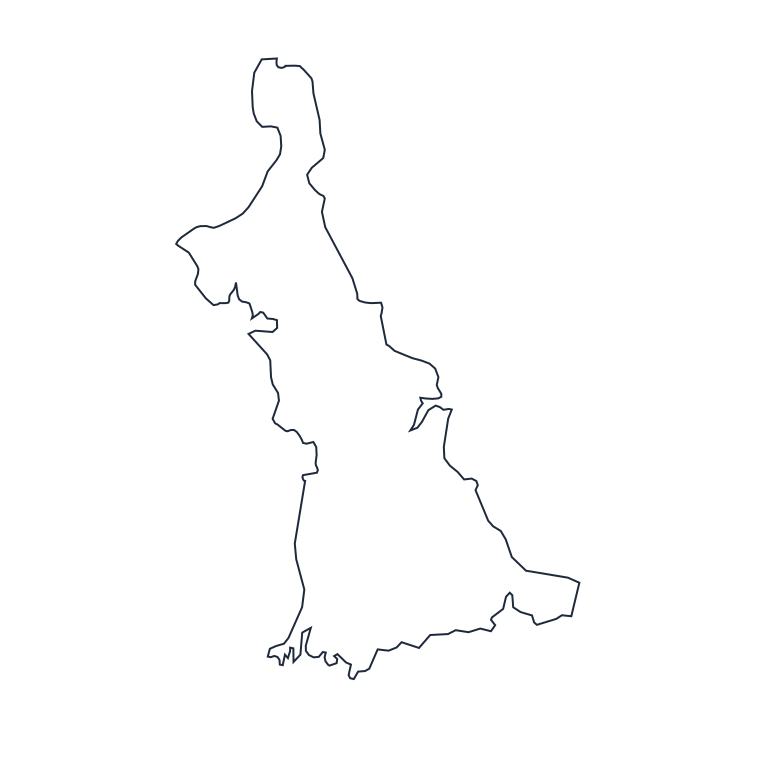 Cornwall, Robinson projection, rotated 102°
{"feature_id": "GBR-2110", "entity_name": "Cornwall", "entity_type": "Unitary Single-Tier County", "adm_level": 1, "iso_a3": "GBR", "parent_name": "United Kingdom", "parent_adm1": "", "projection": "robinson", "projection_center": [-4.862, 50.441], "detail": "fine", "context": "isolated", "style": "outline", "palette": "slate", "viewbox_px": 768, "rotation_deg": 102, "n_neighbors": 0, "source": "natural_earth", "source_scale": "10m", "svg_char_len": 3249}
<svg xmlns="http://www.w3.org/2000/svg" viewBox="0 0 768 768"><g transform="rotate(102 384 384)"><path d="M670.8,378.8L670.4,380.1L667.4,383.6L663.5,385.3L658.8,385.1L658.9,388.1L664.5,391.1L666.0,396.0L664.7,401.1L661.3,404.9L656.3,406.1L637.7,404.9L644.2,412.3L666.1,409.5L674.7,414.7L661.4,417.7L661.4,421.0L664.6,420.3L672.1,421.0L669.3,424.6L680.1,424.6L680.1,427.6L675.7,428.8L673.2,431.4L672.8,434.7L674.8,438.1L674.8,441.0L666.7,440.6L662.5,434.7L658.9,427.9L652.2,424.6L619.3,417.7L601.6,419.2L573.7,433.4L558.6,438.1L495.3,441.0L495.4,441.8L494.2,443.2L492.2,444.4L490.0,444.3L484.7,431.2L482.0,430.8L479.7,432.1L477.7,433.7L475.4,434.5L467.6,435.1L459.7,437.2L455.4,441.1L458.5,447.3L458.5,450.9L455.8,452.7L452.2,455.8L449.1,459.3L447.7,462.4L448.3,465.4L450.3,468.6L450.3,470.6L445.8,479.7L445.1,482.3L441.2,485.7L422.1,483.3L414.8,485.8L407.6,492.7L400.9,495.9L384.5,500.2L379.3,504.5L363.2,526.9L358.6,520.9L356.3,503.8L351.4,500.2L343.8,502.0L343.5,506.2L344.2,511.7L339.3,517.0L339.3,520.0L341.6,521.4L347.4,526.9L344.2,526.6L341.6,527.5L336.8,530.2L333.2,532.4L332.7,535.9L332.9,539.9L331.3,543.3L327.9,545.5L315.5,549.9L319.9,549.8L323.2,550.5L328.7,553.2L330.6,553.4L335.1,552.7L336.8,553.2L337.7,555.3L339.1,561.7L340.6,563.0L342.3,567.1L337.3,576.0L326.2,589.4L322.7,590.0L314.9,588.9L310.2,589.4L307.5,591.2L296.1,602.2L291.6,613.8L290.2,616.4L286.8,615.3L282.8,612.7L271.3,602.0L269.4,599.7L267.7,596.3L266.4,590.2L266.7,586.3L266.6,582.9L263.8,578.2L252.8,563.7L246.7,557.6L239.1,553.2L215.9,544.3L200.3,542.0L187.4,535.7L181.0,533.5L172.9,533.9L162.8,536.7L155.4,541.6L155.5,548.2L157.8,556.6L153.5,563.1L146.6,567.6L140.8,569.9L125.0,574.0L106.5,575.6L91.9,571.1L87.9,556.5L91.7,556.1L94.4,555.2L96.1,553.2L96.2,550.2L95.1,547.9L93.9,546.6L93.3,546.6L91.2,537.5L90.5,532.4L92.0,530.2L92.8,528.6L100.1,518.5L103.1,516.8L114.5,513.4L139.1,501.9L152.3,498.3L167.2,490.6L175.6,490.4L187.5,499.6L195.3,502.7L203.2,498.8L208.8,491.6L211.6,486.8L212.7,482.3L214.8,480.5L228.5,480.5L242.8,474.1L287.1,436.9L301.2,429.0L306.5,427.6L307.8,425.1L308.2,419.5L307.6,413.5L305.1,403.8L309.4,401.4L315.3,401.1L318.2,401.3L344.9,389.8L345.7,387.0L349.4,380.5L352.8,361.8L353.3,352.0L354.6,343.7L358.3,337.1L366.0,332.2L373.9,332.2L376.7,330.6L381.7,325.9L384.6,325.3L386.8,328.0L388.5,333.6L389.5,340.2L389.9,345.6L392.4,344.4L393.4,343.6L394.9,342.1L401.9,345.5L417.8,346.2L424.0,348.6L419.8,342.2L413.1,339.0L400.4,335.2L394.4,329.0L395.0,324.5L396.9,320.5L394.9,315.4L394.9,312.4L404.5,314.0L433.1,312.4L444.1,309.5L450.2,302.5L454.7,293.7L460.7,285.8L458.3,278.6L459.7,273.5L463.5,271.2L468.8,272.4L496.0,253.7L500.5,247.7L503.5,239.2L510.7,232.6L526.7,223.0L537.1,206.3L535.2,163.8L537.8,151.6L572.2,152.5L573.2,161.9L577.9,166.6L587.8,184.4L586.0,187.6L579.6,191.1L578.7,203.0L575.5,211.2L563.9,214.6L562.0,217.6L566.7,220.4L579.2,220.7L589.9,229.9L592.4,230.3L596.8,225.1L603.6,228.0L603.2,239.0L609.2,249.7L609.9,262.7L615.3,269.4L619.9,286.6L634.9,294.9L632.9,313.1L639.1,316.9L643.9,324.1L644.9,335.0L665.5,339.2L668.7,342.8L670.7,349.5L678.9,352.2L678.8,356.0L676.0,358.1L665.3,358.0L664.3,363.2L660.2,369.7L657.9,373.4L660.5,376.2L662.7,372.6L666.9,372.3L670.8,378.8Z" fill="none" stroke="#1e293b" stroke-width="2"/></g></svg>